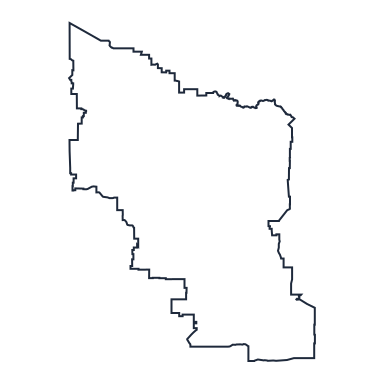 Boyup Brook, Western Australia, Australia
{"feature_id": "25037944B18504039205701", "entity_name": "Boyup Brook", "entity_type": "district", "adm_level": 2, "iso_a3": "AUS", "parent_name": "Australia", "parent_adm1": "Western Australia", "projection": "robinson", "projection_center": [116.619, -33.886], "detail": "fine", "context": "isolated", "style": "outline", "palette": "slate", "viewbox_px": 384, "rotation_deg": 0, "n_neighbors": 0, "source": "geoboundaries", "source_scale": "gbopen_adm2", "svg_char_len": 5788}
<svg xmlns="http://www.w3.org/2000/svg" viewBox="0 0 384 384"><path d="M69.5,140.0L69.6,151.0L70.2,168.1L70.2,173.2L71.1,173.2L71.1,174.5L76.1,174.5L76.1,178.3L73.6,178.3L73.6,182.7L72.8,182.7L72.8,186.1L72.5,186.1L72.5,190.5L73.3,190.5L73.3,190.2L75.3,190.2L75.3,188.4L83.4,188.6L83.4,189.2L86.1,189.3L87.6,189.0L91.8,186.7L93.6,186.4L96.4,186.7L96.4,192.4L98.6,192.3L99.4,192.5L102.7,196.5L103.2,196.8L107.6,197.4L109.4,198.1L112.6,198.1L113.3,198.0L114.0,197.6L117.2,197.6L117.2,210.1L122.7,210.1L122.8,215.2L122.6,215.7L122.7,220.1L124.2,220.0L124.9,220.3L126.3,221.9L126.7,222.9L127.1,224.3L127.5,224.9L129.7,225.4L132.1,225.4L132.5,225.5L133.2,226.4L133.5,227.4L133.7,227.7L134.1,227.8L134.2,238.7L138.2,238.7L138.2,246.3L137.1,244.9L137.1,247.6L133.8,247.5L133.8,250.0L132.3,250.0L132.4,254.1L133.4,254.1L133.4,259.3L132.1,259.3L132.2,266.0L130.5,266.0L130.5,268.8L138.5,268.8L138.5,269.7L149.2,269.6L149.1,278.1L152.8,278.1L152.8,277.8L159.4,277.8L159.4,278.2L165.8,278.2L165.8,279.2L184.5,279.1L184.5,287.9L186.6,287.9L186.5,292.8L186.1,292.8L186.1,299.3L171.5,299.3L171.5,313.0L179.2,313.0L179.2,316.2L182.6,316.2L182.6,314.6L193.8,314.6L193.8,321.9L196.3,321.9L196.3,323.3L193.8,323.3L193.8,328.1L196.7,328.1L196.7,329.8L195.9,330.3L193.5,332.4L191.2,334.7L187.2,339.1L187.2,339.5L187.4,339.9L188.5,341.6L189.0,342.6L190.2,344.1L190.4,345.0L190.4,346.7L227.6,346.7L229.6,346.5L230.5,346.1L232.7,344.7L235.6,344.8L236.3,344.5L238.4,344.4L239.1,344.5L239.8,344.3L242.4,344.6L242.9,344.5L243.4,344.1L245.1,344.2L246.0,344.6L247.9,346.0L248.4,346.2L248.4,361.0L254.3,361.0L254.5,360.7L257.9,359.5L263.8,360.4L264.7,360.2L267.2,360.5L267.7,360.8L273.4,360.5L276.1,360.8L287.0,360.0L294.0,358.1L314.2,358.1L314.2,343.4L314.9,343.4L314.9,334.7L314.3,334.6L314.3,324.7L314.8,324.7L314.8,307.8L307.1,304.0L299.7,299.4L296.7,299.7L296.4,299.4L297.0,298.8L297.4,299.0L297.7,298.8L298.5,298.9L298.9,298.4L298.9,298.1L299.4,297.7L299.2,296.8L298.9,296.4L298.8,295.7L299.5,295.4L300.0,295.5L300.6,295.3L301.2,294.6L291.1,294.6L291.1,283.5L292.1,279.4L292.1,267.4L283.6,267.4L283.6,258.5L281.1,258.5L280.9,257.4L279.9,254.6L278.9,253.0L278.0,250.8L278.8,247.6L278.8,243.9L279.7,241.3L279.3,239.7L279.3,234.3L276.4,234.3L276.4,235.3L272.1,235.3L271.7,230.3L271.7,228.8L269.6,228.8L269.6,227.0L270.0,226.6L270.0,226.2L268.5,226.1L268.5,221.0L279.0,221.0L279.3,220.2L281.6,217.3L287.2,210.2L289.7,209.1L289.9,208.7L289.8,204.4L290.0,204.4L290.0,196.7L288.9,196.7L287.7,179.9L288.9,179.5L289.0,168.1L289.8,168.1L289.9,160.9L289.7,160.9L289.7,157.7L290.7,157.2L289.9,157.2L289.9,148.9L290.7,148.9L290.7,141.8L292.3,141.8L292.3,137.3L292.0,137.3L292.0,128.0L288.5,124.6L294.5,118.7L292.9,117.3L292.6,117.2L291.7,117.1L291.3,116.6L291.3,116.2L290.3,114.7L289.2,114.9L288.9,114.7L287.8,114.4L287.8,114.6L287.6,114.6L287.2,114.1L286.3,114.2L285.9,113.9L285.7,113.6L285.8,113.4L285.9,113.6L285.6,112.9L285.7,112.7L284.9,112.2L284.6,111.6L284.0,111.1L283.3,109.8L282.8,109.5L282.5,109.1L282.4,108.6L281.6,107.6L281.1,107.4L281.0,106.8L280.4,106.4L279.5,106.5L278.9,106.3L277.5,106.0L276.5,105.7L275.5,104.9L275.0,104.3L275.1,103.7L274.7,101.9L275.0,100.9L274.5,99.6L274.2,99.5L273.9,99.5L273.8,99.8L273.3,100.1L273.1,100.4L272.6,100.7L272.4,100.6L272.0,101.1L271.5,101.3L270.1,100.7L269.3,100.6L268.7,100.7L268.4,100.4L267.8,100.1L267.6,100.3L266.9,99.9L266.1,99.9L265.1,100.2L264.8,100.1L264.3,100.5L263.0,101.0L261.4,100.5L260.1,100.6L259.2,101.3L259.2,101.5L259.4,101.5L258.9,101.8L259.1,101.5L258.8,101.5L258.3,102.1L258.1,102.8L258.2,103.1L258.5,103.3L258.3,103.6L258.3,104.4L256.8,105.1L256.3,105.8L256.2,106.3L256.7,107.5L256.6,108.0L255.4,108.1L255.2,107.6L254.4,107.6L253.8,107.4L252.9,106.7L252.3,107.1L251.6,106.9L251.2,107.2L250.9,107.8L249.7,107.7L250.0,107.6L247.1,106.3L246.7,106.3L246.1,106.7L244.8,106.4L245.1,106.2L244.4,106.5L244.4,106.8L244.0,107.4L243.3,107.7L242.6,107.4L242.4,107.1L242.7,107.1L241.1,106.7L240.3,106.2L240.1,105.7L239.7,105.5L239.1,105.7L238.7,105.5L238.6,105.9L238.1,105.9L237.6,105.6L237.0,105.8L236.7,105.7L236.5,105.1L236.8,104.9L237.5,103.6L237.7,102.9L237.6,102.3L237.7,101.6L237.3,100.7L236.4,100.4L236.4,100.5L236.0,100.6L235.7,100.3L235.3,100.5L234.8,100.5L234.7,100.3L234.3,100.6L233.9,100.7L233.4,100.0L233.1,99.0L232.9,98.6L231.1,98.8L230.9,98.8L231.2,98.6L229.8,98.8L229.5,98.6L229.1,99.0L228.7,98.7L227.3,98.3L226.8,97.9L226.8,97.7L227.0,97.7L226.9,97.8L227.0,97.9L227.4,97.5L227.5,96.7L227.5,96.8L228.5,95.7L229.2,94.6L229.3,94.0L228.4,93.4L228.3,93.7L227.4,93.5L226.5,93.9L225.8,95.2L225.9,95.4L225.1,96.3L224.4,97.5L224.1,97.9L223.8,97.9L223.5,97.8L223.6,97.7L223.2,97.0L222.0,96.5L220.8,95.6L220.3,95.6L219.6,96.0L219.6,95.8L218.0,94.9L217.7,94.6L217.8,94.3L217.5,93.8L216.8,92.7L216.5,92.2L216.5,91.9L216.0,91.6L215.1,91.4L213.5,91.9L213.1,92.6L213.1,93.0L206.3,93.0L206.3,95.5L197.3,95.6L197.3,89.2L184.1,89.2L184.1,92.6L179.1,92.6L179.1,81.5L177.5,81.0L176.5,80.9L175.8,80.6L174.7,80.6L174.7,73.2L169.5,73.2L169.5,70.7L166.2,70.7L166.2,72.4L161.7,72.3L161.7,68.2L157.9,68.1L157.9,63.6L158.1,63.5L156.4,64.0L155.2,64.7L152.8,64.6L151.4,64.8L151.4,58.5L149.1,58.5L149.1,54.8L140.9,54.8L141.8,51.7L133.5,51.7L133.5,48.3L113.3,48.3L112.4,47.7L112.0,47.8L111.2,47.3L109.9,46.0L109.5,45.2L109.7,44.7L109.9,42.1L109.5,41.5L108.7,41.0L108.6,40.7L100.9,40.7L90.4,34.7L69.6,23.0L69.7,58.9L70.4,59.0L71.1,59.3L72.1,60.3L73.3,60.7L73.4,70.3L72.3,70.2L72.3,75.0L69.1,78.1L70.2,79.9L71.3,79.9L71.3,81.5L71.9,82.5L71.7,82.6L71.7,83.3L73.2,83.3L73.2,84.5L72.9,88.6L71.3,88.6L71.3,94.0L76.8,94.0L76.9,108.4L81.3,108.4L81.3,109.1L82.5,109.1L83.8,109.7L84.4,110.3L86.1,110.7L86.1,111.1L85.8,111.1L85.8,112.8L83.8,112.8L83.8,116.1L82.9,116.1L82.9,117.4L81.7,117.4L81.7,123.6L78.0,123.7L77.8,140.0L69.5,140.0Z" fill="none" stroke="#1e293b" stroke-width="2"/></svg>